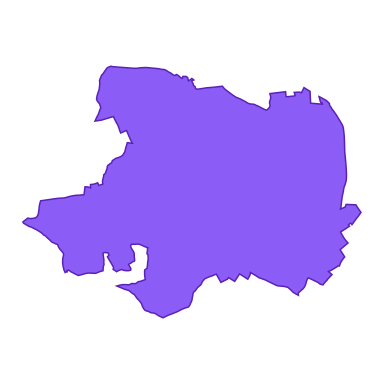 Breaza, Mures, Romania
{"feature_id": "2599482B97125721740240", "entity_name": "Breaza", "entity_type": "district", "adm_level": 2, "iso_a3": "ROU", "parent_name": "Romania", "parent_adm1": "Mures", "projection": "mercator", "projection_center": [24.592, 46.763], "detail": "fine", "context": "isolated", "style": "filled", "palette": "violet", "viewbox_px": 384, "rotation_deg": 0, "n_neighbors": 0, "source": "geoboundaries", "source_scale": "gbopen_adm2", "svg_char_len": 5916}
<svg xmlns="http://www.w3.org/2000/svg" viewBox="0 0 384 384"><path d="M299.8,291.6L303.1,288.7L304.2,287.4L304.6,286.8L305.8,284.0L306.6,280.8L308.1,277.9L308.4,277.9L310.9,279.0L318.1,282.5L320.0,284.1L323.0,284.9L324.0,283.5L324.8,282.7L325.6,281.4L326.2,281.1L327.0,280.4L327.0,279.9L332.0,274.6L328.5,271.5L329.3,271.2L331.4,270.2L338.5,265.8L339.4,266.0L340.4,263.3L341.3,261.5L342.7,259.4L344.7,256.9L340.1,249.7L348.0,243.0L344.6,239.0L340.5,232.1L349.5,226.2L349.0,225.7L348.5,224.8L350.2,223.4L350.6,223.2L351.9,224.4L352.0,224.6L356.9,217.9L357.7,217.0L359.9,214.0L359.8,213.9L361.0,212.4L357.4,207.3L355.9,204.8L346.1,204.4L345.1,207.1L340.5,209.0L340.9,207.6L341.3,203.9L341.5,202.5L341.8,199.5L342.2,196.8L343.3,191.5L343.9,188.0L344.4,186.2L344.9,185.2L346.0,181.5L346.2,180.2L346.4,178.7L346.5,174.9L346.3,169.6L345.8,162.8L344.7,151.3L344.6,145.6L344.3,136.8L343.8,131.7L343.3,127.9L342.7,125.7L341.9,124.2L336.7,115.5L333.1,110.3L332.5,110.1L331.3,107.6L329.7,105.4L329.5,104.8L329.5,103.8L329.2,103.2L328.6,102.6L327.0,101.1L325.8,100.2L319.0,96.5L319.0,97.0L319.4,97.9L320.3,101.4L320.7,102.3L321.2,102.7L322.0,102.9L322.3,103.4L322.4,104.2L310.6,103.2L310.1,91.4L304.0,87.6L301.5,92.7L299.5,92.1L294.2,92.4L295.1,95.5L294.8,95.8L294.3,96.0L287.0,96.7L286.0,96.5L285.6,91.7L269.9,93.6L270.7,96.9L270.7,97.7L270.4,99.3L269.5,102.0L269.6,103.2L270.0,104.8L269.9,106.0L269.7,106.9L269.0,107.9L268.0,108.8L267.5,109.5L266.5,110.1L264.2,109.3L257.7,105.9L256.8,105.6L254.1,104.3L249.9,103.9L247.7,103.1L245.0,101.4L240.6,99.1L235.8,97.1L232.6,95.0L225.3,89.5L224.1,88.3L222.4,86.2L214.1,87.2L206.7,87.8L199.0,89.0L197.6,89.1L196.2,89.0L195.5,88.4L195.3,87.1L194.8,86.3L193.6,85.6L193.0,83.4L192.4,82.4L191.8,81.1L191.8,80.7L193.8,80.0L193.4,79.5L192.1,78.7L191.7,78.5L190.3,79.7L188.5,80.9L188.4,80.7L187.7,77.6L186.2,76.5L185.4,76.4L182.9,76.4L182.7,76.8L182.5,77.9L182.1,78.4L181.9,78.4L180.0,77.1L178.9,76.0L176.7,74.5L176.2,74.5L175.7,75.1L175.0,75.4L173.8,75.2L172.7,74.5L170.7,73.0L168.4,71.9L166.3,70.4L164.1,69.5L161.4,69.3L158.7,68.7L146.3,67.5L141.0,67.7L136.6,68.3L134.1,68.3L113.1,66.7L110.9,66.2L107.9,67.4L106.9,68.1L104.5,71.5L102.7,74.2L101.7,75.0L99.5,80.3L99.7,81.6L99.7,84.6L99.2,89.1L98.9,90.3L98.1,92.4L97.2,95.3L96.5,99.0L96.9,100.2L97.5,101.3L99.5,103.8L100.3,106.1L100.6,106.9L100.7,108.2L100.3,108.6L98.3,114.4L96.9,116.9L95.0,121.1L101.6,120.1L111.8,117.0L113.5,116.7L114.2,118.4L116.0,121.8L116.5,123.0L117.4,124.1L117.7,125.1L118.4,126.4L118.7,127.6L119.3,129.0L119.6,130.4L120.7,133.0L126.5,130.5L130.6,140.1L132.1,143.0L132.4,143.3L132.0,143.4L127.9,142.6L127.3,142.6L126.7,144.8L125.5,148.8L124.9,151.6L122.8,155.1L122.5,155.4L120.8,156.6L119.6,157.1L115.7,158.4L112.7,160.4L112.2,160.8L112.0,161.9L111.5,162.8L110.9,163.2L110.2,163.5L109.3,164.5L108.2,165.0L107.2,166.6L107.2,167.8L106.8,169.2L106.3,170.3L105.6,172.7L105.0,173.7L104.0,174.5L103.7,175.0L103.6,176.4L103.1,178.5L102.6,180.2L102.5,181.5L102.8,184.1L98.8,185.4L97.7,182.8L94.7,183.9L93.0,184.3L90.5,184.5L90.5,187.8L89.8,187.4L87.5,186.9L85.0,186.8L84.0,194.7L78.9,195.2L74.8,195.4L69.8,196.4L64.8,197.8L63.3,198.0L58.3,198.3L54.3,198.8L40.6,200.8L39.4,205.2L38.9,210.0L38.3,213.9L37.7,215.4L37.0,216.5L36.7,217.0L35.7,217.7L34.1,218.2L30.7,218.6L27.7,218.1L26.4,219.2L23.0,221.8L23.2,222.8L24.1,223.6L25.6,224.3L26.2,224.8L28.3,226.0L29.7,226.7L31.1,227.0L33.9,228.5L36.2,229.5L37.0,230.1L37.6,230.4L41.1,232.6L42.5,233.7L43.4,234.8L45.6,236.0L47.6,238.1L49.5,239.7L50.7,241.0L51.9,242.1L54.2,243.1L55.1,243.7L57.1,244.3L57.5,244.6L57.8,245.0L58.2,246.2L58.6,247.2L59.9,249.2L63.0,252.7L63.5,253.6L63.5,254.3L63.5,255.3L62.9,257.8L62.7,259.4L62.6,262.0L62.7,263.6L63.4,267.8L63.8,269.1L64.0,269.7L63.9,269.8L65.1,272.5L66.4,271.7L66.8,272.0L67.2,271.9L67.3,271.8L67.2,271.7L66.7,271.4L67.1,270.4L68.0,270.3L69.0,270.3L69.4,270.5L70.6,271.6L75.0,273.9L78.4,275.5L80.7,274.9L85.3,273.6L87.1,273.2L89.8,273.0L91.8,273.3L92.8,273.2L94.5,273.4L95.5,273.3L96.6,273.0L99.7,271.7L102.3,270.9L103.0,270.8L103.3,266.6L103.6,265.9L104.0,264.5L103.8,262.5L103.9,260.2L103.8,259.2L103.0,253.3L104.0,252.6L107.8,252.7L108.9,254.8L108.8,255.4L108.1,256.2L107.5,256.5L107.4,256.8L113.4,267.0L113.5,267.6L113.1,269.4L113.3,269.6L115.3,270.7L116.5,271.7L119.5,270.2L121.5,269.6L122.2,269.7L123.0,270.1L124.5,270.5L126.3,270.7L128.5,270.7L130.3,270.3L130.8,270.0L130.8,269.6L130.6,269.0L130.8,268.4L128.6,264.7L128.6,264.4L129.1,264.0L131.0,263.1L132.3,261.9L134.3,261.3L134.5,261.0L134.7,260.3L134.3,256.8L134.2,253.3L133.4,251.4L132.0,249.2L131.3,248.0L130.7,246.5L130.6,245.8L131.0,245.1L131.2,244.5L131.7,244.3L134.8,244.3L137.0,244.1L139.1,244.2L141.7,245.2L144.9,246.7L147.9,247.8L147.6,248.2L147.4,248.9L147.4,250.8L147.0,252.9L147.0,253.8L147.5,254.3L147.9,254.8L148.0,255.4L148.2,259.0L147.7,261.9L147.2,267.6L147.0,268.2L144.8,269.9L144.6,270.6L144.6,274.2L144.9,277.4L145.3,279.5L143.9,280.1L139.8,281.5L138.9,281.5L138.2,281.7L136.3,283.2L135.3,283.6L131.7,283.5L129.7,284.5L128.6,284.8L126.1,284.6L122.7,284.6L120.0,285.1L116.8,286.0L125.0,289.4L127.9,290.2L129.2,290.7L130.9,292.2L133.1,293.9L134.1,294.4L134.9,295.3L137.2,298.6L139.3,300.7L141.4,303.5L142.7,307.0L143.9,309.0L144.9,310.2L146.3,310.9L148.7,311.5L150.1,312.4L151.1,312.8L153.6,313.0L155.0,313.5L156.8,314.5L158.3,315.6L163.0,317.8L168.1,315.3L173.9,313.1L177.5,311.6L181.9,309.3L184.9,308.1L188.5,307.0L189.7,305.3L191.8,300.7L193.2,293.0L194.2,291.6L195.1,291.0L195.6,290.3L197.1,288.2L197.8,287.4L200.9,284.7L201.5,283.6L202.1,282.2L203.0,280.8L204.8,278.8L209.0,276.9L211.8,276.0L216.3,274.1L220.9,282.4L226.7,279.5L227.4,279.3L228.5,277.6L234.7,281.4L239.6,273.9L247.8,279.2L250.1,274.9L250.5,272.5L255.8,275.6L258.9,277.7L264.9,279.8L276.0,285.2L277.5,285.8L284.5,286.5L287.9,287.4L291.1,290.2L292.9,292.1L294.9,293.4L298.4,295.3L298.3,293.5L298.3,293.3L298.6,292.8L299.8,291.6Z" fill="#8b5cf6" stroke="#5b21b6" stroke-width="1.5"/></svg>